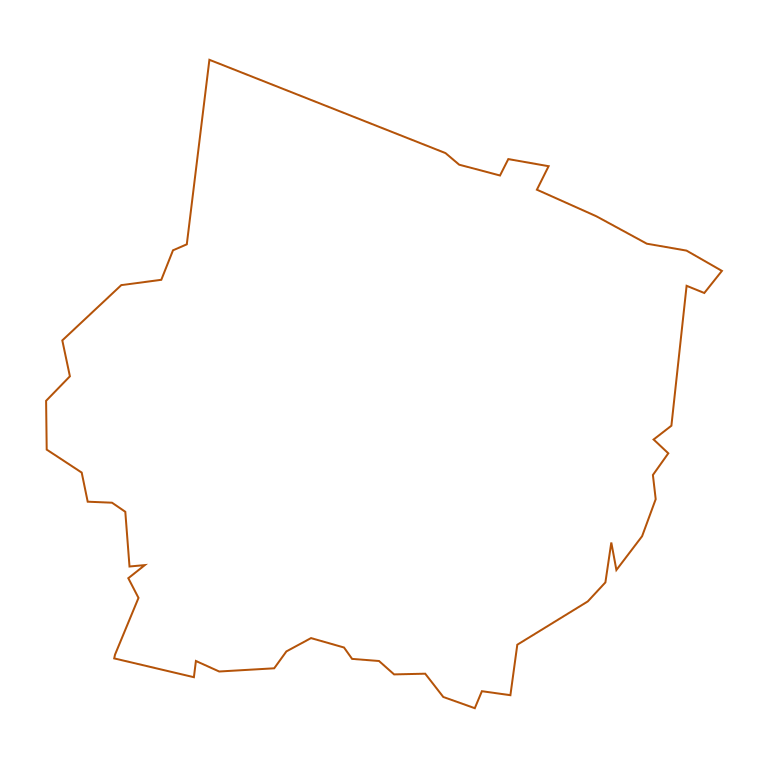 Maury, Tennessee, United States of America (Natural Earth projection)
{"feature_id": "52423323B71507411372136", "entity_name": "Maury", "entity_type": "district", "adm_level": 2, "iso_a3": "USA", "parent_name": "United States of America", "parent_adm1": "Tennessee", "projection": "natural_earth1", "projection_center": [-87.076, 35.629], "detail": "fine", "context": "isolated", "style": "outline", "palette": "amber", "viewbox_px": 768, "rotation_deg": 0, "n_neighbors": 0, "source": "geoboundaries", "source_scale": "gbopen_adm2", "svg_char_len": 815}
<svg xmlns="http://www.w3.org/2000/svg" viewBox="0 0 768 768"><path d="M209.4,59.8L186.8,244.3L173.0,250.3L161.3,279.8L121.3,285.1L62.3,340.4L69.9,376.3L46.1,400.8L46.7,449.6L81.7,472.6L87.7,501.7L112.0,502.7L125.3,511.8L129.5,566.5L144.8,565.1L128.3,578.2L138.5,597.9L115.0,654.7L114.2,658.4L193.9,677.2L195.9,661.0L219.2,671.5L274.2,668.3L286.4,651.4L311.0,638.1L344.0,647.5L352.1,658.9L379.0,661.0L394.1,674.4L425.2,673.7L443.3,697.0L474.8,708.2L481.9,691.2L510.4,695.2L517.3,644.7L587.8,601.4L605.4,582.4L611.3,542.5L616.4,570.0L642.1,536.2L655.7,499.2L652.9,475.0L668.3,453.3L653.6,439.5L671.4,425.7L686.6,285.8L704.3,293.0L721.9,270.9L686.5,250.6L646.8,243.7L596.4,216.3L536.9,189.7L548.6,166.2L508.3,159.1L500.0,175.5L459.2,164.7L445.5,153.1L209.4,59.8Z" fill="none" stroke="#b45309" stroke-width="2"/></svg>